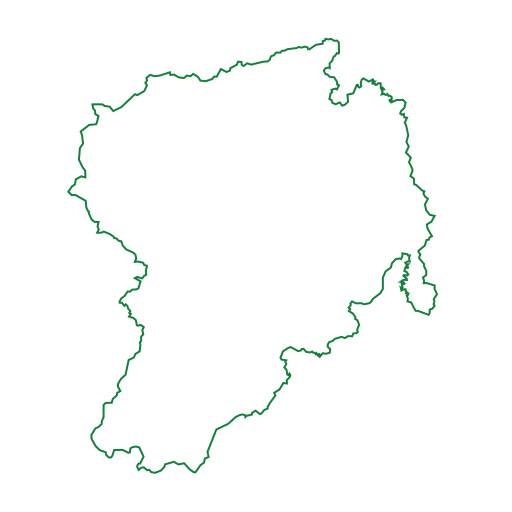 the district of Morafenobe, Melaky, Madagascar, rotated 85°
{"feature_id": "10022922B27026898293410", "entity_name": "Morafenobe", "entity_type": "district", "adm_level": 2, "iso_a3": "MDG", "parent_name": "Madagascar", "parent_adm1": "Melaky", "projection": "orthographic", "projection_center": [45.038, -17.912], "detail": "fine", "context": "isolated", "style": "outline", "palette": "green", "viewbox_px": 512, "rotation_deg": 85, "n_neighbors": 0, "source": "geoboundaries", "source_scale": "gbopen_adm2", "svg_char_len": 5986}
<svg xmlns="http://www.w3.org/2000/svg" viewBox="0 0 512 512"><g transform="rotate(85 256 256)"><path d="M458.9,391.5L457.0,389.0L456.7,386.3L459.9,383.1L459.7,380.9L462.1,379.3L463.2,375.5L461.5,369.5L458.2,365.8L455.6,364.6L453.9,355.8L456.9,351.3L456.2,345.6L462.5,340.9L465.7,337.2L466.3,335.3L459.4,329.4L457.4,325.9L453.4,324.6L452.1,320.7L446.9,321.4L425.4,310.6L420.6,298.0L414.8,290.5L413.3,286.9L412.6,283.7L413.6,280.7L415.5,280.6L414.4,279.4L413.6,273.9L412.0,273.6L410.0,269.9L413.9,265.9L413.2,264.2L410.0,261.0L409.1,257.8L407.4,257.6L403.7,255.0L396.7,248.9L393.8,249.8L391.1,244.3L384.9,239.8L385.7,236.3L382.4,236.2L379.5,232.9L377.4,232.2L376.1,233.0L377.5,234.0L376.8,235.2L372.1,235.5L369.5,237.5L366.3,235.2L363.7,236.0L362.6,235.0L361.4,239.6L359.5,240.5L353.4,237.5L350.3,231.8L349.8,229.2L354.5,222.2L353.9,219.4L352.6,218.4L352.7,216.7L355.9,214.3L356.8,210.5L356.1,208.4L357.1,207.8L357.6,205.7L358.9,205.1L358.1,204.4L359.1,203.9L359.3,201.4L360.1,201.2L360.7,202.7L362.1,201.3L358.7,198.0L359.5,194.7L358.7,190.9L355.3,190.2L352.6,192.5L350.4,192.2L348.1,190.5L347.5,187.5L345.3,184.3L344.0,177.7L345.5,174.6L343.8,171.2L344.4,167.2L341.6,165.8L341.6,162.8L340.6,161.2L338.4,161.7L333.6,159.3L328.9,160.5L327.3,162.7L325.6,162.3L321.9,164.4L318.9,168.3L317.2,166.8L315.6,168.2L313.3,165.9L311.4,166.0L309.6,164.3L311.9,160.5L312.2,155.2L313.5,152.7L313.0,147.9L312.4,146.1L308.8,143.2L304.1,135.6L299.9,132.5L288.6,131.5L282.6,128.2L279.4,122.8L274.9,121.1L271.3,116.9L271.0,113.3L271.7,111.8L268.6,110.1L266.1,109.9L267.5,105.0L268.7,104.6L268.8,102.7L271.3,103.7L275.0,103.4L274.6,105.3L275.6,107.8L277.3,107.0L277.5,105.0L279.5,107.3L280.3,105.5L281.0,105.7L281.0,108.3L283.9,109.5L285.1,107.3L287.8,105.9L288.6,107.2L287.9,110.3L288.6,110.9L291.6,107.9L293.0,107.7L292.6,111.2L294.1,113.9L294.2,112.0L296.4,110.5L297.0,111.2L296.1,113.3L300.1,112.7L300.8,113.4L300.0,114.6L303.1,114.1L302.1,112.0L302.2,109.9L303.7,110.1L304.5,109.1L306.0,109.8L306.5,107.4L307.9,107.9L308.3,109.3L311.8,108.4L314.4,109.1L315.8,105.5L324.4,101.9L324.9,99.2L329.6,89.2L328.0,88.0L324.5,87.6L323.9,84.9L321.1,82.4L319.5,83.3L316.6,82.2L314.5,82.7L309.8,79.0L304.3,81.0L300.9,80.6L297.7,88.7L297.7,91.3L295.6,90.7L292.0,91.5L289.8,88.1L285.9,87.6L280.8,89.5L278.8,89.2L272.7,93.5L270.7,93.4L269.0,92.1L265.9,93.8L264.9,93.6L260.3,86.9L254.9,84.7L254.8,82.4L252.6,81.5L251.6,79.0L243.7,82.7L239.5,83.1L237.1,78.2L231.6,74.6L230.1,79.3L225.2,82.5L219.3,83.2L214.1,79.8L211.4,82.5L208.2,83.8L206.2,82.7L205.2,84.8L199.2,90.2L198.5,92.1L192.6,92.0L189.9,95.2L184.8,92.7L182.7,92.7L175.8,95.4L171.6,93.2L166.0,97.6L160.3,94.3L155.4,96.2L149.0,93.8L138.8,95.1L136.2,96.2L131.4,93.5L130.8,96.2L127.4,96.4L128.0,98.3L126.6,99.9L124.3,98.9L121.4,95.3L116.2,93.6L113.3,95.9L112.9,102.3L114.8,108.0L113.5,109.0L112.8,107.8L112.2,109.0L110.9,106.9L109.2,107.2L107.9,108.8L108.2,109.9L106.0,111.1L107.0,112.6L105.6,114.3L106.0,116.7L103.7,115.6L101.8,116.3L101.1,113.8L99.4,115.2L100.6,116.0L99.8,117.0L94.8,116.8L94.6,119.2L95.9,120.5L95.9,122.1L94.7,122.1L94.4,125.0L92.7,124.7L93.4,124.0L92.4,122.6L92.1,123.9L90.3,124.2L92.1,128.3L88.4,133.6L89.5,135.3L92.4,136.5L96.2,136.4L97.2,138.2L96.4,139.3L94.3,139.7L94.4,140.7L102.4,144.9L103.3,150.9L110.3,150.8L112.9,154.0L113.8,157.0L110.3,159.2L111.8,163.5L110.0,166.6L107.2,167.2L106.1,169.2L100.5,167.5L99.6,165.9L97.0,166.3L96.2,162.3L97.1,160.9L93.2,158.4L92.0,160.3L89.9,159.9L84.8,162.6L83.9,167.0L81.4,169.0L81.0,170.9L77.3,172.3L75.1,170.6L74.6,167.6L75.3,166.2L70.6,165.9L68.1,163.1L64.0,161.2L63.5,159.7L60.9,157.8L61.6,156.2L61.0,155.6L50.4,154.9L48.4,156.7L48.5,159.1L46.2,162.5L46.6,164.8L45.7,167.8L47.4,168.6L47.7,170.7L50.4,171.1L50.8,177.8L54.8,185.0L54.5,186.1L52.7,186.4L51.7,189.1L52.4,192.5L51.5,195.0L52.4,197.5L52.7,206.4L54.1,210.4L53.8,212.2L55.5,214.0L55.1,218.3L57.5,220.5L58.4,223.7L62.0,225.4L63.3,227.9L63.0,231.2L64.9,244.0L63.3,248.1L65.6,251.7L64.5,253.5L61.4,253.6L60.9,257.0L63.7,258.3L66.7,265.2L69.1,265.9L70.1,269.4L66.7,274.7L73.9,279.5L73.6,282.1L75.9,284.2L77.5,290.8L76.4,296.1L72.4,298.3L69.1,302.7L71.1,305.4L70.3,309.3L72.4,312.3L71.4,317.2L68.2,321.8L68.1,325.5L65.5,325.7L67.9,336.4L68.0,341.6L66.3,345.6L69.1,349.7L71.7,349.2L73.8,351.1L76.5,349.7L82.0,353.0L85.4,360.3L84.3,362.5L95.9,377.1L99.2,385.5L94.5,388.8L93.4,393.6L91.5,396.0L90.7,405.7L94.6,405.4L97.0,403.8L100.7,403.7L102.8,400.7L108.8,402.7L110.8,403.8L110.9,410.8L116.7,419.8L120.7,418.7L128.9,418.5L133.1,422.0L144.6,424.0L152.8,420.9L156.0,418.7L162.8,419.1L161.4,423.2L164.0,428.8L169.0,430.2L170.5,433.1L175.6,437.4L179.2,434.4L179.6,430.4L186.2,420.8L192.8,420.8L196.6,419.5L197.1,418.6L199.0,418.8L205.5,416.5L208.0,413.7L208.4,409.9L212.8,411.3L215.8,410.3L219.0,412.2L219.3,407.8L218.4,405.5L221.6,399.4L224.3,396.2L225.8,395.8L226.2,393.7L228.9,391.4L229.6,388.9L233.9,387.9L237.9,385.0L242.1,377.8L244.3,376.0L248.0,375.5L251.3,377.2L251.2,374.3L252.8,369.1L255.3,368.1L256.0,365.7L256.8,365.5L260.8,367.0L265.2,367.0L265.9,369.0L268.4,371.4L266.5,376.2L267.5,378.6L271.2,373.2L277.9,375.9L278.8,377.7L278.7,382.4L280.5,384.4L280.2,387.0L284.1,390.1L286.8,394.2L289.9,396.0L290.7,395.9L290.9,393.7L294.2,391.4L292.8,389.9L294.7,388.4L297.2,388.0L299.8,386.0L301.6,387.2L302.7,385.7L305.3,387.8L307.0,383.6L309.5,381.3L314.6,380.7L315.2,379.2L314.5,377.1L317.0,374.0L319.9,375.7L324.2,375.1L326.2,377.4L330.8,377.9L331.9,379.2L334.5,378.9L340.9,380.3L342.9,384.5L346.5,386.6L348.5,391.9L362.9,396.3L366.7,401.3L371.7,404.8L374.1,404.9L378.7,402.9L380.3,406.3L382.7,406.8L385.9,411.1L389.6,412.5L389.3,418.5L391.1,420.8L403.4,421.9L407.0,424.0L409.9,424.4L412.7,427.9L413.7,431.0L420.1,435.7L424.0,435.7L431.4,432.3L435.7,428.7L438.4,422.9L441.3,422.5L443.9,420.1L444.0,417.9L442.4,416.5L436.9,414.2L437.5,405.8L440.9,400.3L440.6,398.7L436.8,397.9L435.9,396.6L435.3,392.4L436.5,389.0L446.1,385.5L452.6,389.5L452.6,390.9L453.7,392.1L455.6,392.8L458.9,391.5Z" fill="none" stroke="#15803d" stroke-width="2"/></g></svg>